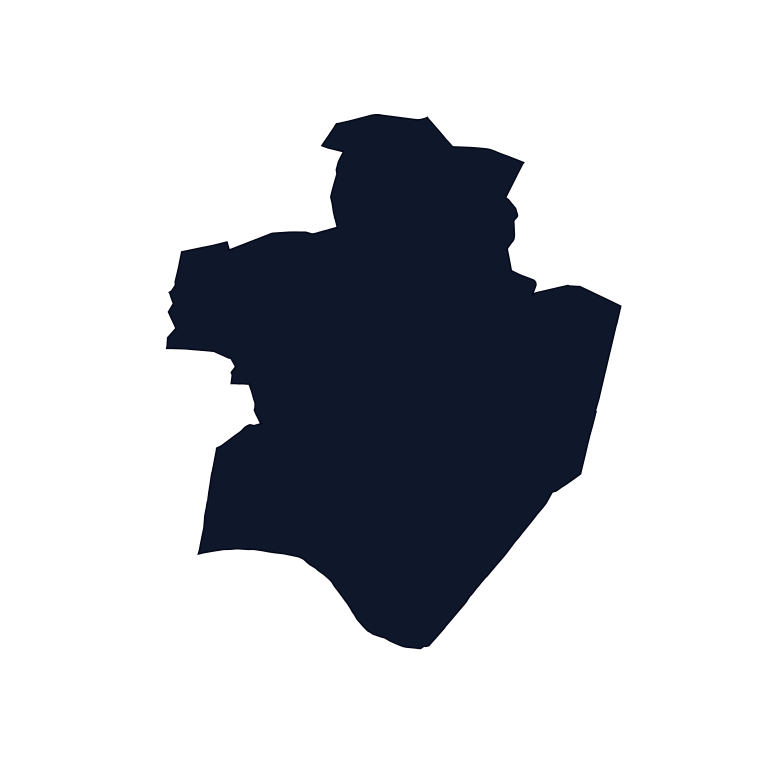 the district of Vīpes pag., Krustpils, Latvia, rotated 331°
{"feature_id": "27541924B97352892903431", "entity_name": "Vīpes pag.", "entity_type": "district", "adm_level": 2, "iso_a3": "LVA", "parent_name": "Latvia", "parent_adm1": "Krustpils", "projection": "natural_earth1", "projection_center": [26.114, 56.47], "detail": "fine", "context": "isolated", "style": "filled", "palette": "ink", "viewbox_px": 768, "rotation_deg": 331, "n_neighbors": 0, "source": "geoboundaries", "source_scale": "gbopen_adm2", "svg_char_len": 5631}
<svg xmlns="http://www.w3.org/2000/svg" viewBox="0 0 768 768"><g transform="rotate(331 384 384)"><path d="M139.2,442.7L143.8,443.9L150.3,446.1L155.4,447.9L163.5,450.9L166.8,452.6L170.1,454.3L175.7,456.8L184.9,462.7L190.2,465.6L197.0,470.8L201.2,474.3L206.4,478.3L214.1,483.8L219.5,488.4L225.7,493.8L228.8,498.1L230.6,503.5L231.8,506.3L234.9,511.7L236.4,515.8L238.9,520.9L241.1,526.8L242.0,529.6L242.5,532.3L242.6,536.1L242.8,537.6L243.9,544.9L245.0,553.8L245.6,557.8L246.0,563.7L246.0,567.9L246.4,571.5L246.4,575.8L246.8,578.5L247.7,582.3L248.2,585.2L249.6,590.2L250.3,592.4L251.8,594.6L253.1,597.3L256.5,601.1L258.9,603.7L261.7,606.4L264.5,611.3L266.9,614.5L269.6,618.1L273.4,622.7L275.7,624.7L284.8,631.0L287.4,632.9L287.8,633.0L288.4,633.0L289.4,632.9L289.7,632.9L290.3,632.7L290.5,632.7L290.8,632.8L291.1,632.6L291.4,632.6L292.3,632.8L292.8,633.4L293.8,633.9L295.1,634.2L296.2,634.6L302.9,632.2L303.6,632.0L305.1,631.5L312.0,629.0L318.6,626.6L320.8,625.5L328.7,622.6L331.8,621.4L340.2,618.2L345.9,616.1L349.6,614.7L356.0,611.2L357.8,610.7L361.1,609.4L365.0,607.7L367.4,606.8L369.1,606.2L370.7,605.5L373.7,604.3L375.5,603.7L377.0,603.1L379.7,602.0L380.1,602.2L387.1,599.5L393.5,597.1L404.9,592.9L410.4,590.6L421.7,585.5L424.8,584.3L427.0,583.6L432.5,581.2L446.2,575.7L450.9,573.7L454.8,572.0L461.4,569.5L463.6,568.7L468.3,566.6L478.8,560.0L482.5,561.0L485.5,560.7L488.0,560.4L488.3,560.3L493.7,560.0L496.1,559.8L496.4,559.7L500.7,559.3L505.8,558.7L512.3,557.9L516.4,553.4L526.5,542.4L533.4,534.7L533.9,534.2L536.1,531.9L538.3,529.4L545.7,521.9L550.8,516.5L555.8,511.2L555.3,511.1L555.2,510.8L555.9,510.0L559.1,506.7L560.4,505.4L564.7,501.1L583.5,480.3L584.4,479.4L591.1,472.0L615.2,445.5L617.2,443.6L628.8,430.7L626.2,427.0L623.7,423.4L619.3,417.2L611.3,406.0L602.6,393.8L600.9,392.8L593.6,388.2L592.7,387.0L590.8,386.5L583.6,384.4L579.0,383.1L565.3,379.2L563.4,378.6L561.9,378.2L561.1,378.0L560.0,377.9L558.0,378.2L557.4,378.2L558.7,376.6L563.1,372.7L564.5,371.5L565.1,370.7L565.4,370.0L565.7,369.3L565.8,368.0L565.8,367.3L565.2,365.7L564.5,364.8L556.8,355.7L554.6,352.8L550.6,347.1L550.6,345.6L551.9,341.9L556.4,328.1L557.2,325.7L558.3,324.8L563.2,322.5L565.9,321.4L567.5,320.5L568.8,319.0L569.5,318.1L570.8,315.9L572.0,313.4L573.8,309.8L575.0,307.5L575.8,305.7L576.4,304.5L576.9,304.0L577.6,303.7L578.5,303.3L579.6,303.0L580.8,302.5L581.6,302.2L582.4,301.4L582.7,300.7L583.0,299.6L583.3,298.1L583.5,296.7L583.9,295.9L584.1,294.0L584.0,293.0L583.7,292.1L583.5,290.2L583.1,288.5L582.1,282.9L580.7,280.2L580.9,279.8L592.0,272.2L604.8,263.5L611.8,258.8L613.5,258.1L602.8,245.1L600.7,242.7L598.6,240.3L596.6,237.9L594.6,235.4L594.3,234.9L594.2,234.8L594.0,234.6L593.8,234.3L593.5,234.1L593.4,233.9L593.0,233.4L592.6,232.9L592.1,232.4L591.9,232.1L591.6,231.8L591.2,231.3L590.9,231.0L590.8,230.9L590.7,230.8L590.6,230.7L590.4,230.4L588.5,228.8L586.8,227.5L582.1,224.3L578.5,221.9L575.0,219.6L563.0,212.3L559.0,209.9L557.7,204.2L557.3,202.3L556.7,200.3L556.2,197.0L555.6,194.1L555.0,191.2L554.3,187.8L553.5,184.1L552.2,177.8L551.1,173.2L551.2,171.9L550.2,171.8L549.1,171.7L547.2,171.3L546.4,171.1L545.4,170.8L544.3,170.5L543.3,170.1L542.7,169.9L541.9,169.5L540.7,168.8L539.7,168.1L529.4,160.5L520.1,153.6L510.4,146.5L510.1,146.4L510.3,146.3L510.1,146.2L509.1,145.5L507.9,144.8L507.1,144.4L506.1,144.0L505.2,143.6L503.5,143.0L502.0,142.6L497.6,141.5L492.1,140.1L482.8,137.7L482.4,137.6L472.0,134.6L471.4,134.4L470.6,134.2L469.4,133.7L468.6,133.4L468.3,133.5L468.1,133.7L466.8,134.3L467.0,134.4L464.8,135.5L455.0,140.5L453.0,141.5L445.2,145.4L445.3,145.6L449.7,150.5L453.3,153.8L461.3,161.3L456.3,164.5L451.8,167.7L446.2,173.5L444.7,177.5L436.9,185.3L431.1,191.3L428.1,194.7L426.0,201.9L425.8,202.3L423.0,209.8L422.9,210.4L421.5,215.0L421.1,217.3L419.1,224.4L417.5,224.0L405.7,221.2L403.5,220.6L400.8,220.0L398.0,219.4L396.4,219.0L395.8,218.7L395.5,218.6L393.7,218.0L389.4,213.5L378.8,207.5L374.5,205.2L360.3,198.5L358.6,197.9L352.6,197.1L319.4,192.6L313.6,191.8L315.5,183.7L301.3,179.9L291.7,176.8L271.1,170.4L268.0,174.1L262.7,180.3L261.0,182.3L257.9,185.8L251.1,193.2L250.7,193.8L250.4,194.7L249.3,196.6L245.6,198.5L243.2,199.7L240.6,199.8L240.8,200.8L239.9,204.5L239.4,207.9L239.3,208.5L238.8,211.6L238.5,211.8L230.4,216.5L229.9,223.5L229.5,229.5L229.1,234.4L221.6,237.1L219.4,237.9L217.3,238.6L214.7,242.6L213.2,245.1L211.2,247.5L215.0,249.6L222.5,254.0L227.5,257.0L229.1,258.1L234.4,261.7L235.5,262.3L237.0,263.4L240.5,265.7L247.3,270.3L251.0,272.9L251.8,273.8L253.3,275.9L260.9,286.0L262.6,287.2L262.6,296.9L262.6,297.1L262.3,297.1L256.1,299.8L255.6,302.7L250.6,309.5L253.7,311.2L257.6,313.7L260.0,314.9L266.0,318.8L264.9,325.1L264.8,325.8L264.3,327.9L263.8,330.3L263.5,331.2L262.7,334.8L262.1,338.1L259.9,341.9L258.0,343.9L257.9,344.6L257.4,349.2L257.3,353.4L257.0,358.4L257.6,359.2L254.9,358.6L253.7,358.3L252.9,358.1L251.4,357.8L250.9,357.7L250.3,357.4L250.1,357.3L249.9,357.2L249.1,356.6L248.0,355.5L247.4,355.0L246.7,354.6L246.0,354.5L244.5,354.4L242.3,354.4L241.4,354.6L240.3,354.8L239.3,355.1L238.2,355.5L235.5,356.2L235.0,356.3L233.8,356.4L232.3,356.6L230.1,356.8L225.3,357.4L222.2,357.9L220.1,358.2L219.2,358.3L216.9,358.6L215.2,358.8L212.7,359.2L211.7,359.3L210.1,359.2L208.2,359.1L206.5,359.0L205.9,360.0L204.7,361.5L196.1,371.8L195.1,373.1L194.0,374.3L193.0,375.5L192.3,376.4L191.6,377.2L191.2,377.8L190.9,377.8L189.0,380.0L182.7,388.3L181.7,389.5L179.8,392.0L179.1,392.8L176.9,395.8L175.2,398.1L175.0,398.3L174.4,399.2L173.8,400.1L171.9,402.0L169.5,405.1L164.2,411.5L163.3,412.6L160.3,417.2L156.8,422.4L156.2,423.1L147.0,433.9L142.3,439.6L139.2,442.7Z" fill="#0f172a" stroke="#020617" stroke-width="1.5"/></g></svg>